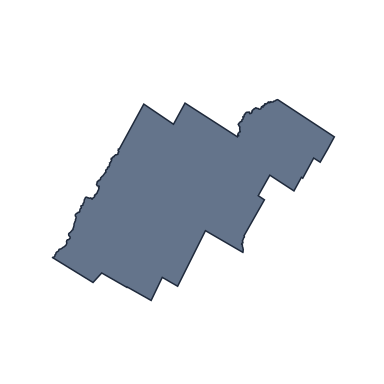 outline of General Alvear, Buenos Aires, Argentina, rotated 347°
{"feature_id": "61730980B56387205995887", "entity_name": "General Alvear", "entity_type": "district", "adm_level": 2, "iso_a3": "ARG", "parent_name": "Argentina", "parent_adm1": "Buenos Aires", "projection": "equal_earth", "projection_center": [-60.278, -36.041], "detail": "fine", "context": "isolated", "style": "filled", "palette": "slate", "viewbox_px": 384, "rotation_deg": 347, "n_neighbors": 0, "source": "geoboundaries", "source_scale": "gbopen_adm2", "svg_char_len": 5825}
<svg xmlns="http://www.w3.org/2000/svg" viewBox="0 0 384 384"><g transform="rotate(347 192 192)"><path d="M164.8,95.5L130.8,133.8L130.1,133.6L130.1,134.0L129.7,134.4L129.4,134.5L129.3,135.1L129.4,135.3L129.5,135.7L129.7,135.9L129.8,136.1L129.7,136.3L129.6,136.5L129.2,136.8L128.7,137.3L128.5,138.1L128.2,138.6L127.8,138.5L127.1,138.8L126.8,138.8L126.3,138.6L125.8,138.6L125.4,138.9L124.5,139.2L124.3,139.5L124.0,140.0L123.9,140.1L123.3,140.0L123.0,140.0L122.2,140.6L121.8,141.1L121.0,141.0L120.5,141.8L120.5,142.0L120.9,142.2L120.7,142.6L120.8,142.9L120.7,143.1L120.3,143.8L119.6,144.2L119.2,145.0L118.9,145.1L118.3,145.2L118.4,145.5L118.3,146.1L117.7,146.7L117.7,146.8L117.7,147.3L117.7,147.5L117.3,147.7L117.0,148.5L116.8,148.8L116.0,148.6L115.6,148.9L115.4,149.0L115.2,149.1L115.2,149.3L115.3,149.5L115.2,149.7L115.0,149.9L114.6,150.6L113.5,150.8L113.2,151.0L113.1,151.4L112.7,151.8L112.6,153.1L112.5,153.4L112.3,153.6L112.0,153.7L111.8,153.6L111.4,153.9L111.2,154.1L110.4,154.8L110.3,155.0L109.3,155.7L108.8,156.2L108.5,156.4L108.2,156.4L107.6,156.7L107.4,156.9L106.8,157.4L106.4,157.5L106.1,157.8L105.9,158.2L105.9,158.7L105.7,158.8L105.5,159.2L105.3,159.4L105.1,159.5L104.6,159.5L104.1,159.5L103.7,160.1L103.3,160.0L102.9,160.1L102.4,160.5L102.3,160.8L102.1,161.0L101.7,161.0L101.5,161.9L101.3,162.4L100.7,163.0L100.7,163.4L100.9,164.0L101.0,164.5L101.5,164.8L101.7,165.1L102.0,165.2L102.4,165.3L102.6,165.3L102.8,165.5L102.8,165.8L102.5,166.4L102.0,166.8L102.2,167.3L102.2,167.5L101.5,168.4L101.5,168.8L101.2,169.2L100.6,169.6L100.5,169.9L100.0,170.6L99.7,170.8L99.3,171.7L99.1,171.9L98.6,171.9L98.0,172.6L97.7,172.6L97.3,173.0L97.0,172.8L96.8,172.9L96.2,173.5L96.2,174.3L95.8,174.8L95.6,175.0L95.2,175.1L95.0,175.3L94.4,175.4L94.0,175.7L93.5,176.0L93.1,176.5L92.9,176.4L92.8,176.2L92.7,176.1L92.8,175.7L92.4,175.3L91.7,174.9L91.2,175.1L90.8,175.0L90.5,175.0L90.0,174.5L89.5,174.5L89.1,174.0L88.6,173.8L88.3,173.4L87.8,173.2L87.5,173.2L86.9,173.5L86.6,173.8L86.4,174.4L85.9,174.7L85.7,174.9L85.3,175.4L84.7,177.1L84.3,178.0L84.1,178.2L83.6,178.4L83.2,178.9L83.1,179.0L82.9,179.9L82.8,180.2L82.6,180.3L82.4,180.4L82.0,180.4L81.0,180.5L80.8,180.5L80.7,180.8L80.5,181.1L80.5,181.3L80.7,182.1L80.6,182.5L80.4,182.8L79.5,183.1L79.3,183.3L78.7,184.3L78.3,185.7L78.1,186.0L77.5,186.4L77.3,186.4L76.8,186.1L76.4,186.2L75.7,186.8L74.9,186.8L74.6,186.9L74.1,187.3L73.6,187.5L73.3,187.8L73.1,188.1L73.0,188.6L72.9,189.1L73.4,190.0L73.3,190.9L72.9,191.8L72.3,192.5L72.2,193.2L71.9,193.9L71.2,194.6L71.1,194.9L70.9,195.2L70.1,196.2L69.7,197.2L69.4,198.4L68.8,199.3L68.6,200.0L68.1,200.4L67.9,200.6L67.8,201.1L67.7,201.5L67.6,201.9L66.8,202.1L66.0,202.8L64.8,203.6L64.4,204.0L63.4,204.3L62.9,204.6L62.6,204.8L62.4,205.1L62.2,205.8L62.2,206.8L62.3,207.0L62.9,207.9L63.0,208.2L63.0,209.4L62.8,209.5L62.4,209.7L62.1,210.2L61.9,210.3L61.5,210.3L60.9,210.7L59.9,210.5L59.7,210.6L59.6,210.8L59.1,211.1L58.8,211.7L58.5,212.2L58.5,212.5L58.6,213.1L58.4,213.5L58.4,214.0L57.8,214.8L57.6,214.9L57.3,215.5L57.2,215.6L56.1,216.0L55.8,216.4L55.6,216.5L55.3,216.6L54.7,216.7L53.7,217.0L53.1,217.3L52.7,217.6L51.8,217.8L51.4,218.0L51.2,218.0L49.8,217.9L49.6,218.0L49.3,218.3L48.9,219.1L48.7,219.3L47.8,219.8L47.0,219.9L46.0,220.5L45.8,220.7L45.5,221.4L45.3,221.8L45.0,222.1L44.2,222.6L44.1,223.3L43.8,223.8L43.6,224.0L43.2,224.2L42.0,224.4L41.4,224.4L40.9,224.1L75.2,257.9L85.8,250.6L107.1,270.3L107.4,269.9L127.8,288.5L143.8,268.5L156.8,280.6L196.4,232.7L228.0,262.3L228.2,262.1L228.5,260.9L228.7,260.3L228.8,260.2L229.0,259.7L228.9,258.7L229.1,258.3L229.0,257.4L228.9,256.2L229.0,255.7L229.2,254.9L229.1,254.5L228.6,254.2L228.6,253.9L229.0,253.3L229.3,253.2L229.6,253.0L230.0,253.1L230.2,252.9L230.3,252.1L230.1,250.9L230.5,250.5L230.8,250.3L230.9,250.1L231.0,249.8L231.5,249.2L232.0,248.3L232.5,248.0L232.9,247.7L233.0,247.5L232.9,246.9L232.8,246.4L260.8,215.9L255.7,210.5L271.6,193.1L291.6,213.9L301.9,202.3L303.0,203.5L318.2,186.3L323.6,191.8L333.9,180.7L343.1,170.3L296.3,121.3L295.7,121.3L294.7,121.3L294.1,121.7L293.8,121.8L292.8,122.0L292.0,121.9L291.5,122.4L291.1,122.5L289.7,122.3L289.3,121.8L289.0,121.7L288.8,121.8L288.7,122.1L288.5,122.3L288.2,122.4L287.3,122.4L287.2,122.1L287.2,121.5L286.8,121.5L286.5,121.5L286.3,121.7L285.9,122.2L285.5,122.2L285.0,122.6L284.5,122.9L283.7,122.9L283.5,122.5L283.2,122.4L282.9,122.4L282.7,122.6L282.3,123.1L282.2,123.7L282.1,124.0L281.8,124.1L281.0,123.8L280.6,124.0L280.3,124.2L280.3,124.5L280.3,124.8L280.2,125.2L279.9,125.1L279.4,124.6L279.2,124.5L278.9,124.6L278.5,125.1L278.0,126.2L277.7,126.5L277.2,126.5L276.1,126.5L275.9,126.4L275.4,125.6L274.4,125.2L273.9,125.1L273.7,125.0L273.5,124.5L273.0,124.3L272.7,124.4L272.3,124.7L271.9,124.9L271.6,124.9L271.3,124.8L271.0,125.0L270.8,125.4L270.6,125.5L269.5,125.8L269.2,126.1L268.9,126.2L268.8,126.7L268.8,127.1L268.7,127.4L268.4,127.5L268.1,127.5L267.9,128.3L267.7,128.5L267.0,128.7L266.0,128.7L265.8,128.5L266.0,128.0L265.9,127.8L266.0,127.4L265.9,127.1L265.6,126.9L264.6,126.9L264.4,126.9L264.1,126.7L263.6,126.7L262.9,126.6L262.5,127.0L262.0,127.1L261.8,127.3L261.5,127.9L261.1,127.9L260.6,128.2L260.3,128.7L260.0,128.9L259.9,129.2L259.7,130.2L259.3,130.6L259.1,130.6L258.5,130.2L258.4,130.3L258.5,131.0L258.2,132.2L258.1,132.4L256.9,132.9L256.7,133.1L256.7,133.5L256.4,134.4L256.2,134.5L255.6,134.3L254.7,134.5L254.4,134.9L253.9,135.4L253.4,135.4L253.2,135.6L252.9,136.0L252.5,136.2L252.3,136.4L252.2,136.7L252.6,137.3L252.6,138.1L253.2,139.1L253.1,139.4L253.1,140.1L252.9,140.3L252.8,140.9L252.6,141.3L252.6,142.5L252.3,143.4L252.6,143.9L252.6,144.1L252.4,144.3L251.5,144.3L251.2,144.6L250.7,145.0L250.2,145.2L250.0,145.6L249.7,146.0L249.4,146.8L249.9,146.9L250.1,147.2L250.1,147.6L249.4,147.6L249.2,147.9L249.0,148.1L248.9,148.3L248.7,148.5L205.2,103.8L189.2,121.8L164.8,95.5Z" fill="#64748b" stroke="#1e293b" stroke-width="1.5"/></g></svg>